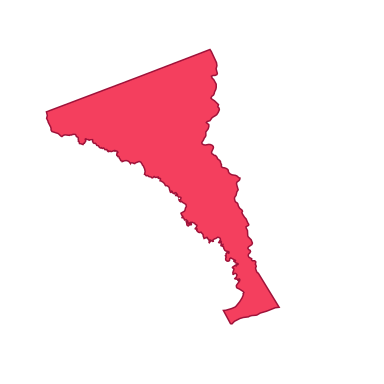 the district of Santo Antônio do Içá, Amazonas, Brazil, rotated 59°
{"feature_id": "56859067B66310767394995", "entity_name": "Santo Antônio do Içá", "entity_type": "district", "adm_level": 2, "iso_a3": "BRA", "parent_name": "Brazil", "parent_adm1": "Amazonas", "projection": "albers", "projection_center": [-68.777, -3.083], "detail": "fine", "context": "isolated", "style": "filled", "palette": "rose", "viewbox_px": 384, "rotation_deg": 59, "n_neighbors": 0, "source": "geoboundaries", "source_scale": "gbopen_adm2", "svg_char_len": 6111}
<svg xmlns="http://www.w3.org/2000/svg" viewBox="0 0 384 384"><g transform="rotate(59 192 192)"><path d="M324.7,226.8L325.6,225.7L324.7,222.2L325.1,216.0L326.0,212.6L328.1,207.9L328.1,206.6L328.7,204.4L330.6,200.6L330.9,199.5L330.9,195.9L332.6,189.4L334.1,180.2L335.7,176.7L295.7,177.0L294.7,177.6L293.5,177.6L290.9,177.1L289.6,176.5L289.1,175.4L287.7,174.9L286.6,174.9L284.8,173.3L283.3,173.6L282.0,175.7L280.7,175.9L279.9,175.2L277.5,176.7L276.3,176.8L275.0,176.3L274.3,175.3L274.0,173.8L273.2,172.5L272.0,172.2L270.7,173.0L269.2,173.2L268.4,172.5L268.1,171.4L267.9,167.8L266.9,166.5L263.4,165.9L259.3,166.9L258.3,166.8L253.6,164.3L250.7,164.1L249.6,163.5L249.7,160.7L248.9,160.0L247.4,160.1L242.9,159.5L240.6,160.0L236.8,160.1L235.3,159.8L234.5,158.6L233.2,158.5L230.5,159.5L228.0,159.5L225.6,158.8L224.4,159.0L223.2,159.7L222.0,159.8L219.7,159.1L218.6,158.3L217.6,156.0L215.0,153.5L213.9,151.3L209.0,150.0L207.7,149.5L206.7,148.5L206.4,145.9L206.0,144.8L204.8,143.7L203.9,144.5L201.5,145.2L200.2,146.1L197.9,148.8L196.5,149.8L194.8,150.4L193.3,150.3L191.9,149.7L190.7,149.9L189.5,150.5L188.1,151.6L186.9,153.1L185.9,153.6L184.8,153.5L183.9,152.7L181.6,152.4L180.5,151.9L179.3,152.0L176.6,153.0L175.2,152.7L174.0,152.8L172.8,153.1L172.1,154.1L170.8,154.4L169.8,155.1L168.6,155.1L167.6,154.4L165.6,151.4L164.9,150.7L163.8,150.3L162.1,150.8L160.7,151.9L159.8,153.2L158.6,156.4L157.5,157.7L156.0,158.5L155.4,158.4L154.6,158.1L153.4,155.5L152.0,153.5L151.5,152.0L150.7,151.0L147.7,149.3L146.2,145.6L144.5,143.8L142.9,142.9L139.9,144.0L139.4,142.7L140.1,139.9L138.6,136.4L138.5,131.1L137.3,128.6L135.6,126.2L134.0,125.6L132.2,126.0L130.8,124.3L125.5,125.7L122.6,127.1L121.2,127.4L120.1,125.5L120.0,123.7L119.1,122.3L118.0,121.3L116.1,118.5L114.6,117.2L112.0,115.7L106.7,115.5L104.9,116.1L102.8,115.7L102.9,114.0L104.0,112.1L104.2,110.2L103.4,109.2L98.8,107.9L96.6,105.6L93.8,104.4L81.5,103.1L79.1,103.2L65.5,180.6L48.3,275.5L51.9,276.6L54.0,278.7L57.0,278.9L57.9,279.3L63.6,279.7L65.2,280.2L66.2,280.9L68.0,280.9L73.1,276.5L76.1,275.7L77.1,275.3L77.5,274.9L77.2,273.0L77.6,271.4L80.4,267.8L80.3,267.2L81.1,265.9L81.1,264.8L81.4,264.5L81.5,263.9L82.5,262.4L83.4,262.2L84.7,262.5L85.2,262.4L86.0,261.7L87.2,261.6L88.0,262.3L89.1,262.6L89.9,263.3L90.8,262.9L92.5,263.5L93.4,262.4L95.2,261.0L94.6,259.9L94.8,259.1L94.4,258.8L93.9,257.2L93.0,256.6L92.0,256.5L91.6,256.1L91.7,255.5L92.8,255.2L93.7,253.8L94.6,253.6L94.8,253.2L94.7,252.5L95.9,250.3L97.0,250.7L97.7,251.3L98.5,251.1L98.9,251.3L99.9,250.9L100.2,250.1L100.6,249.7L101.8,249.5L103.0,249.6L104.1,248.4L106.0,248.4L107.1,247.8L107.5,247.3L107.4,246.8L108.5,246.4L108.6,245.3L108.9,245.0L110.9,244.8L111.7,243.2L112.9,243.3L113.3,242.8L113.6,243.2L114.1,243.1L114.5,242.7L114.7,241.2L115.7,240.6L115.9,240.1L116.4,237.2L116.9,236.6L117.2,237.0L118.0,235.6L118.6,235.2L119.3,235.0L119.9,235.2L119.9,236.3L120.4,236.4L121.0,237.2L122.0,237.6L122.2,237.3L122.7,237.1L123.4,237.3L123.6,236.8L124.6,236.5L125.9,236.9L127.2,236.6L128.1,236.9L128.6,236.8L129.4,236.0L130.0,236.2L130.5,233.5L131.6,231.6L133.3,230.4L135.8,230.1L135.4,229.8L135.6,229.3L136.6,227.7L137.9,226.9L138.2,226.4L137.9,225.7L138.6,221.6L140.0,220.5L142.6,220.4L143.2,220.6L144.5,220.3L147.7,220.7L150.3,221.6L152.4,223.6L152.7,223.2L154.5,222.9L155.1,221.5L156.6,221.0L157.9,219.5L159.3,219.0L159.6,218.4L159.2,216.5L160.6,216.0L161.8,213.2L162.2,213.3L162.6,213.8L163.1,213.6L163.2,213.0L164.1,212.2L164.5,212.2L164.9,212.5L165.1,213.1L166.0,213.6L166.7,212.8L168.9,211.7L170.1,211.4L171.4,211.3L172.4,211.5L173.1,211.3L173.6,210.3L174.1,209.9L176.4,209.2L178.0,209.9L181.0,210.6L181.5,210.3L181.4,209.6L180.8,209.1L181.3,208.7L181.9,209.0L182.9,209.0L184.4,208.1L183.9,207.3L184.2,206.2L184.7,206.1L185.2,206.4L185.7,206.4L185.7,206.0L186.6,205.7L186.9,206.1L186.2,207.5L186.6,207.8L187.5,206.6L187.9,206.3L189.6,206.1L189.7,205.4L190.2,204.9L190.8,204.4L191.4,204.4L192.7,205.9L192.7,206.5L191.7,207.1L192.3,207.3L193.6,207.3L194.5,206.8L194.6,205.8L195.6,205.6L199.5,203.6L201.5,204.3L202.3,205.8L204.0,207.4L204.5,208.3L204.5,212.4L206.4,212.7L207.9,212.4L208.4,212.5L208.4,213.3L208.8,213.8L210.0,212.6L210.5,212.5L211.8,212.8L212.4,212.6L212.7,211.3L214.7,210.7L215.1,210.8L215.2,211.2L214.5,212.2L216.0,212.6L217.5,213.3L218.5,213.2L219.2,212.6L218.8,211.0L216.7,211.2L216.9,210.4L217.7,209.7L219.6,209.9L219.7,209.5L219.4,209.1L218.5,208.9L217.6,209.1L217.3,208.8L218.3,207.1L219.1,206.8L220.0,205.8L221.6,205.8L222.6,205.0L223.5,205.1L224.6,206.7L224.9,208.0L225.2,208.2L225.7,207.9L226.4,206.8L227.5,207.8L229.6,207.3L230.3,206.8L230.9,206.0L231.0,205.0L231.3,204.8L232.4,204.8L234.1,204.4L235.5,205.1L238.1,205.6L238.5,202.6L238.9,202.3L239.3,202.7L240.9,202.3L242.3,202.3L242.3,201.3L242.7,201.1L243.6,203.1L244.0,203.4L244.4,203.3L244.0,202.5L243.8,199.9L244.0,199.5L245.0,199.7L245.2,199.2L244.1,198.9L244.0,198.5L243.7,196.8L244.1,195.7L244.0,193.3L245.0,192.2L246.3,191.7L247.4,192.1L249.1,195.1L249.5,194.9L250.1,193.8L249.3,193.0L249.2,192.5L249.8,192.5L250.1,193.0L250.7,193.3L251.4,193.3L252.6,194.7L253.1,194.7L253.2,194.3L252.9,194.0L253.1,192.7L254.3,193.9L255.2,193.2L256.8,193.8L258.9,193.9L260.1,193.3L262.0,191.3L262.5,191.2L263.2,191.6L263.4,192.1L261.9,193.0L262.5,194.7L263.6,195.2L263.8,196.2L265.4,196.1L266.0,197.2L267.6,198.1L269.4,197.5L270.1,196.2L270.0,195.1L268.6,194.0L268.5,192.7L273.0,190.0L273.3,190.5L272.5,190.8L272.4,191.4L272.7,191.8L273.2,191.7L273.9,191.0L274.9,191.3L277.1,189.5L277.6,189.6L277.8,190.0L277.8,190.6L277.2,191.4L278.0,192.3L277.1,192.5L277.3,195.9L277.6,196.3L278.0,196.3L278.2,195.9L279.7,195.7L282.1,198.5L283.7,199.2L284.0,198.8L283.7,197.7L283.9,196.9L284.7,196.3L286.4,196.1L286.8,196.9L287.9,197.9L288.2,199.9L288.6,199.9L290.0,198.3L290.4,197.6L291.3,198.2L291.9,198.0L291.8,197.4L291.1,197.5L290.8,197.1L290.9,196.2L291.4,196.1L292.0,196.3L292.8,197.1L294.7,201.6L295.3,202.4L296.7,202.9L297.5,202.8L299.7,201.3L303.6,199.4L305.0,199.3L305.6,200.7L306.5,200.8L308.6,203.7L310.6,207.6L312.6,213.1L312.8,214.4L312.3,218.1L310.8,223.9L309.7,226.1L324.7,226.8Z" fill="#f43f5e" stroke="#9f1239" stroke-width="1.5"/></g></svg>